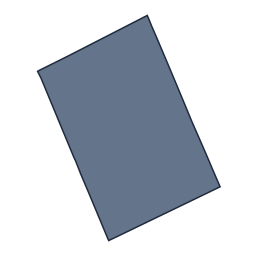 Susquehanna, Pennsylvania, United States of America, rotated 67°
{"feature_id": "52423323B76378871638878", "entity_name": "Susquehanna", "entity_type": "district", "adm_level": 2, "iso_a3": "USA", "parent_name": "United States of America", "parent_adm1": "Pennsylvania", "projection": "robinson", "projection_center": [-75.847, 41.82], "detail": "fine", "context": "isolated", "style": "filled", "palette": "slate", "viewbox_px": 256, "rotation_deg": 67, "n_neighbors": 0, "source": "geoboundaries", "source_scale": "gbopen_adm2", "svg_char_len": 455}
<svg xmlns="http://www.w3.org/2000/svg" viewBox="0 0 256 256"><g transform="rotate(67 128 128)"><path d="M151.6,189.5L170.7,189.5L222.2,189.8L224.1,189.7L218.1,66.2L217.9,66.2L198.4,66.3L182.3,66.3L145.3,66.7L136.5,66.6L109.1,66.4L84.5,66.3L78.3,66.3L77.5,66.3L55.9,66.3L43.0,66.4L38.0,66.3L35.9,66.3L31.9,66.3L38.4,156.2L40.2,186.2L40.5,189.1L48.0,188.6L134.0,189.3L138.1,189.1L151.6,189.5Z" fill="#64748b" stroke="#1e293b" stroke-width="1.5"/></g></svg>